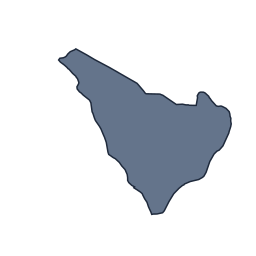 Santa María Chiquimula, Totonicapán, Guatemala (Equal Earth projection), rotated 297°
{"feature_id": "79465075B31639983176614", "entity_name": "Santa María Chiquimula", "entity_type": "district", "adm_level": 2, "iso_a3": "GTM", "parent_name": "Guatemala", "parent_adm1": "Totonicapán", "projection": "equal_earth", "projection_center": [-91.316, 15.037], "detail": "fine", "context": "isolated", "style": "filled", "palette": "slate", "viewbox_px": 256, "rotation_deg": 297, "n_neighbors": 0, "source": "geoboundaries", "source_scale": "gbopen_adm2", "svg_char_len": 1626}
<svg xmlns="http://www.w3.org/2000/svg" viewBox="0 0 256 256"><g transform="rotate(297 128 128)"><path d="M61.8,188.4L62.8,189.6L64.5,192.8L68.2,197.3L70.7,197.9L81.1,197.9L90.2,198.6L97.4,200.8L101.5,202.6L102.9,203.7L103.7,203.7L108.6,207.8L114.2,214.4L117.8,216.8L119.5,217.5L124.0,217.7L135.2,216.1L143.9,216.5L147.8,217.8L149.7,219.3L155.1,220.7L169.2,220.1L170.8,219.7L175.8,218.9L178.5,218.1L180.9,216.3L183.4,215.2L184.7,213.7L186.8,212.3L188.5,210.7L190.0,206.4L190.0,202.4L189.8,200.9L188.2,198.5L187.8,196.6L190.3,190.0L191.7,187.5L191.8,186.9L192.9,185.5L194.2,180.9L194.2,179.1L193.1,176.7L192.5,175.9L191.3,175.2L188.1,175.1L186.6,176.2L179.1,178.5L178.2,176.7L176.1,172.3L176.0,171.3L174.9,169.2L174.0,165.8L170.9,160.4L173.0,144.2L172.8,142.6L172.7,141.0L166.7,128.6L166.8,127.6L168.2,124.8L171.9,115.8L173.5,84.0L173.8,67.2L174.4,58.0L174.8,45.6L173.4,44.9L169.8,41.9L166.7,40.8L164.0,40.4L162.8,39.8L161.2,38.5L159.2,35.6L157.1,35.3L156.0,37.9L155.2,42.7L154.3,46.1L153.6,47.7L153.6,48.7L151.5,53.9L150.4,58.1L149.9,58.6L149.5,59.4L149.1,60.5L146.3,63.5L145.0,63.9L141.5,63.8L139.7,65.0L138.2,68.3L137.9,70.4L137.0,73.1L135.4,81.0L133.6,83.5L131.7,84.8L126.1,88.7L125.2,90.0L122.0,93.2L121.6,93.6L119.8,95.7L116.7,101.5L114.9,104.3L109.9,110.2L109.5,110.8L107.9,112.5L105.3,115.2L97.4,121.1L95.7,122.8L94.9,128.4L94.9,130.6L93.4,135.9L91.3,139.8L89.6,144.3L86.2,148.4L83.6,150.2L81.1,151.5L79.7,153.5L78.6,157.4L78.5,160.6L77.4,160.3L76.6,168.0L76.0,170.4L74.9,171.7L72.5,175.0L70.4,178.7L67.1,182.0L65.5,184.0L63.4,186.7L62.2,187.9L61.8,188.4Z" fill="#64748b" stroke="#1e293b" stroke-width="1.5"/></g></svg>